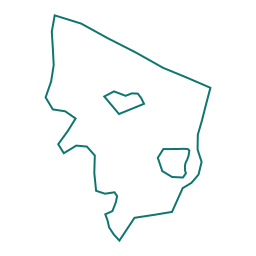 an SVG outline of Yevlakh Rayon
{"feature_id": "AZE-1688", "entity_name": "Yevlakh Rayon", "entity_type": "District", "adm_level": 1, "iso_a3": "AZE", "parent_name": "Azerbaijan", "parent_adm1": "", "projection": "orthographic", "projection_center": [47.016, 40.691], "detail": "fine", "context": "isolated", "style": "outline", "palette": "teal", "viewbox_px": 256, "rotation_deg": 0, "n_neighbors": 0, "source": "natural_earth", "source_scale": "10m", "svg_char_len": 944}
<svg xmlns="http://www.w3.org/2000/svg" viewBox="0 0 256 256"><path d="M119.4,240.6L113.8,234.5L109.1,227.4L107.6,220.6L105.3,214.3L112.4,211.1L115.8,202.4L117.1,196.1L114.5,192.3L105.0,193.7L96.1,190.8L94.3,173.0L94.8,155.5L86.9,146.6L76.3,145.6L63.8,153.2L58.2,144.2L67.8,131.0L75.6,118.5L65.2,111.3L52.8,109.4L45.6,97.4L51.1,81.6L53.7,65.1L52.8,47.8L51.8,31.7L54.7,15.4L81.2,23.6L107.3,38.0L135.4,52.3L163.2,67.9L186.8,77.6L210.4,87.8L206.0,104.5L201.8,121.0L197.8,134.8L197.6,149.6L201.6,161.9L198.5,174.6L193.5,180.5L191.4,182.9L182.7,188.1L172.0,211.9L153.8,214.9L134.5,217.8L119.4,240.6ZM182.9,177.5L185.9,173.4L185.1,170.7L184.9,165.8L185.6,162.8L187.2,159.6L188.6,155.7L189.3,150.4L187.8,149.1L184.3,148.8L177.5,149.0L163.3,149.1L157.8,157.8L162.3,171.1L172.1,177.0L182.9,177.5ZM125.6,95.8L114.0,91.4L104.3,96.5L119.0,114.0L144.0,103.8L141.2,98.1L137.8,93.6L131.8,93.4L125.6,95.8Z" fill="none" stroke="#0f766e" stroke-width="2"/></svg>